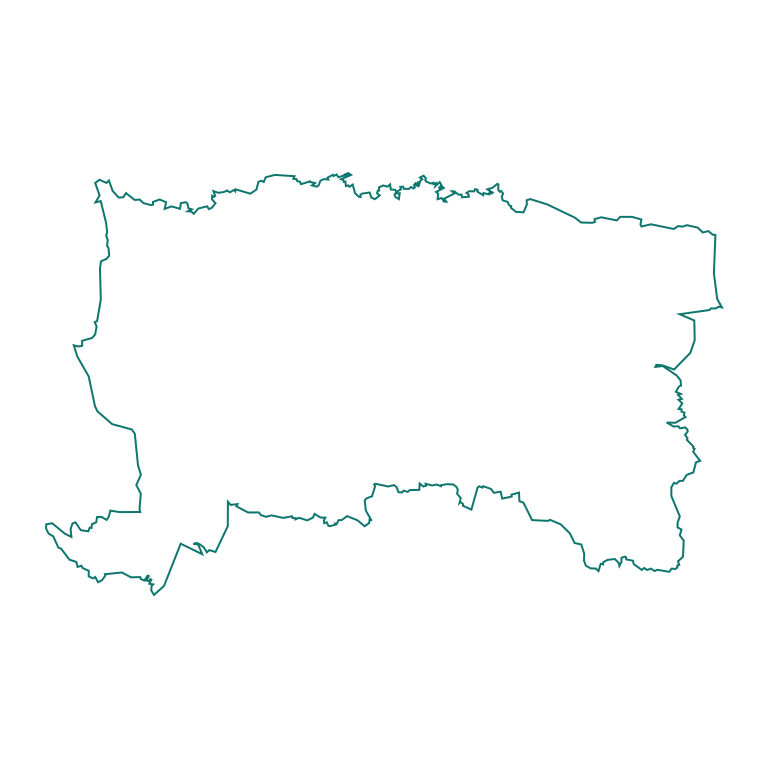 Ramallah & Al Bireh, West Bank, Palestine (orthographic projection)
{"feature_id": "87354302B37341560226836", "entity_name": "Ramallah & Al Bireh", "entity_type": "district", "adm_level": 2, "iso_a3": "PSE", "parent_name": "Palestine", "parent_adm1": "West Bank", "projection": "orthographic", "projection_center": [35.194, 31.945], "detail": "fine", "context": "isolated", "style": "outline", "palette": "teal", "viewbox_px": 768, "rotation_deg": 0, "n_neighbors": 0, "source": "geoboundaries", "source_scale": "gbopen_adm2", "svg_char_len": 6081}
<svg xmlns="http://www.w3.org/2000/svg" viewBox="0 0 768 768"><path d="M715.4,234.9L712.8,234.7L708.3,231.1L702.8,232.5L697.7,227.6L687.0,225.2L682.5,226.6L678.0,226.1L673.8,229.0L651.0,224.3L641.5,226.5L640.5,224.4L641.4,219.5L632.2,216.9L620.2,216.9L616.8,220.4L601.3,217.3L594.5,219.2L594.9,222.0L592.3,222.8L581.1,222.5L574.8,217.6L547.3,204.4L530.2,199.1L526.6,200.3L526.9,204.4L523.5,212.3L516.1,211.9L510.9,207.8L511.2,206.1L509.5,205.6L507.5,201.9L502.7,200.3L501.7,196.9L503.1,193.6L501.2,191.0L500.0,191.8L498.2,189.9L498.4,184.4L497.3,183.9L492.5,187.8L487.4,189.3L492.7,192.6L491.2,193.7L489.5,192.4L489.0,194.4L483.5,193.1L483.2,195.2L477.3,191.6L477.7,189.9L475.1,189.1L474.1,191.4L469.2,191.2L466.5,193.0L468.3,194.1L469.0,196.7L462.0,197.3L461.6,194.6L458.6,194.7L454.5,191.4L452.0,191.3L454.6,193.4L444.1,198.7L446.3,201.7L443.9,201.5L441.6,198.0L437.6,199.2L438.1,193.7L436.1,191.9L443.8,188.0L442.1,186.5L438.6,188.5L441.4,185.1L439.7,182.1L435.3,186.2L436.0,183.1L433.4,184.1L433.3,182.7L430.8,183.5L426.1,181.5L425.2,180.1L425.9,178.4L423.6,175.7L420.0,177.5L422.3,179.2L420.6,180.4L418.5,186.3L416.5,185.3L418.7,181.3L416.5,184.5L415.5,183.3L414.0,185.0L414.9,187.3L413.5,188.5L411.2,187.0L408.8,188.9L403.9,188.8L403.0,186.6L400.3,186.9L400.9,189.4L397.2,191.4L397.4,193.5L399.7,193.2L398.9,199.1L395.4,197.0L394.5,194.9L396.3,191.8L395.2,189.8L390.8,189.5L390.1,184.4L387.6,186.7L383.3,185.5L379.0,187.3L379.2,190.5L377.8,190.7L377.0,193.3L379.7,195.4L374.9,199.2L371.3,197.5L369.7,192.5L362.2,193.6L360.5,194.7L360.6,197.1L358.7,196.7L355.0,193.0L352.7,184.6L349.4,186.8L348.2,185.4L345.9,186.1L345.4,181.6L343.9,182.0L343.4,180.1L341.1,179.2L351.0,174.9L348.3,173.1L346.3,173.9L348.6,174.3L338.3,177.2L336.6,174.5L333.6,176.0L332.9,174.8L327.5,177.7L328.3,179.5L324.0,179.1L320.4,180.7L318.7,185.3L316.8,186.7L312.0,185.4L315.0,183.1L309.9,181.9L310.8,181.1L301.0,184.2L300.1,181.8L297.3,181.2L296.4,179.1L293.4,178.8L294.5,176.2L274.8,174.9L265.7,177.3L263.8,181.9L261.2,180.8L258.4,181.9L256.4,189.6L250.3,193.7L235.5,189.3L235.2,191.3L233.9,190.0L230.0,192.3L226.1,190.1L226.6,190.9L223.4,192.1L218.2,192.8L213.4,191.1L215.2,196.0L213.7,196.9L212.2,195.8L212.0,199.4L215.5,203.2L211.7,207.9L208.8,209.1L207.2,206.3L198.4,208.5L193.7,213.8L191.5,211.6L187.9,211.3L191.8,209.3L188.5,208.3L187.3,203.2L185.7,202.2L180.9,203.1L180.0,208.8L171.5,206.4L164.7,208.9L166.1,202.2L159.6,199.5L153.0,201.9L153.0,204.7L150.7,205.0L143.5,203.1L139.7,199.6L134.6,199.9L126.0,193.1L123.3,197.3L118.6,197.5L112.7,191.0L108.9,180.5L106.5,182.9L99.4,179.8L95.2,183.0L99.6,195.4L95.5,202.4L100.7,201.1L101.3,203.3L106.0,222.6L107.2,232.0L106.2,235.8L107.7,239.8L107.1,246.0L108.5,248.0L109.2,255.7L106.4,258.9L101.0,261.3L100.0,268.5L100.8,299.6L97.1,321.1L94.7,322.1L96.6,326.5L95.2,334.4L92.0,338.0L82.1,340.8L82.2,345.8L78.1,346.5L73.8,345.3L77.3,356.5L88.7,376.4L95.0,406.3L97.5,411.4L112.1,424.1L131.9,429.5L134.8,433.7L138.0,465.3L140.9,474.7L136.3,485.1L140.8,493.7L139.5,509.1L140.3,512.0L119.6,512.1L110.3,510.6L108.8,516.8L106.6,519.9L101.5,516.9L97.1,517.0L96.2,522.3L91.9,524.3L91.5,528.0L89.7,527.7L88.3,531.3L80.8,530.2L75.4,522.3L72.5,523.5L70.6,529.0L71.4,536.9L64.9,533.7L52.1,523.2L46.2,524.4L46.1,528.5L48.5,533.5L53.3,536.4L58.3,547.5L61.1,548.7L69.5,559.7L76.3,561.9L77.6,566.9L81.4,565.8L82.5,567.9L88.7,570.8L88.7,576.4L93.1,578.4L95.2,577.0L98.1,582.2L102.0,580.2L105.4,575.5L104.9,574.2L121.9,572.5L131.0,577.3L140.3,577.1L140.8,579.0L144.3,580.6L147.7,575.6L148.8,576.1L146.4,580.5L149.1,581.1L150.2,579.2L151.3,579.7L149.3,583.7L153.1,584.4L151.7,585.7L151.2,590.3L154.0,594.9L164.1,585.8L180.7,543.7L202.2,554.2L198.2,544.5L193.4,543.9L196.4,542.9L199.8,544.3L203.7,547.2L206.9,552.3L209.3,550.1L215.5,552.0L227.8,526.1L227.9,501.7L230.6,504.9L237.5,504.1L236.4,506.3L248.1,512.5L258.7,512.4L261.0,515.1L265.9,516.8L271.6,515.4L283.2,517.9L292.1,516.3L292.6,518.1L295.7,518.2L295.6,519.3L299.2,517.8L307.2,520.4L312.9,517.6L314.6,513.9L320.4,517.5L325.3,517.7L323.9,520.4L324.2,523.2L326.7,522.3L328.5,525.9L330.2,526.1L334.9,524.8L335.0,523.6L336.4,524.4L338.7,520.1L341.7,520.1L347.1,516.1L357.5,520.3L364.6,526.2L369.1,523.1L369.7,519.0L371.7,520.8L365.8,510.5L364.7,500.6L366.4,498.4L372.0,496.3L375.1,486.3L374.1,484.4L375.6,483.8L388.2,486.5L394.0,485.1L396.5,487.0L398.5,492.2L402.1,492.4L403.6,490.6L407.6,491.9L410.1,490.0L419.3,489.9L419.7,483.5L423.3,486.5L426.1,485.7L425.6,483.8L432.2,485.5L436.6,484.5L441.0,486.2L441.1,485.2L446.5,484.2L453.4,484.5L456.6,487.1L457.8,489.7L457.1,493.7L460.7,498.1L459.5,503.0L460.6,502.0L463.0,504.1L463.0,505.8L471.4,509.6L477.6,487.5L479.2,486.3L482.4,487.6L483.1,486.2L490.9,488.9L493.9,492.8L500.6,491.7L502.2,498.6L511.7,496.6L511.5,494.7L519.0,492.6L519.4,501.2L523.4,502.6L532.1,520.1L548.1,520.9L550.0,519.8L560.8,524.4L569.8,533.3L574.6,543.0L581.3,544.5L584.2,553.7L584.0,560.6L585.9,565.7L590.7,568.4L595.8,568.5L598.5,571.1L600.7,563.8L603.1,564.4L603.3,562.1L607.6,559.9L614.8,559.0L618.5,562.6L619.4,566.0L621.5,561.6L621.4,557.8L624.5,556.7L625.9,557.1L626.3,559.4L633.0,560.7L633.7,564.1L641.8,569.9L644.2,568.0L647.2,570.0L650.9,568.6L654.6,571.0L657.4,569.8L669.2,571.8L671.7,568.6L675.4,569.0L677.4,567.4L677.3,565.5L679.2,564.9L678.0,561.4L683.0,556.7L683.7,540.6L679.8,535.3L681.5,529.5L677.6,527.4L677.5,523.2L679.8,516.4L671.4,496.1L671.3,487.4L674.0,482.8L676.4,483.7L679.5,480.9L683.0,480.8L686.7,474.9L693.4,472.4L696.0,462.3L700.1,460.9L693.2,451.7L694.6,448.9L693.1,447.9L693.5,446.6L686.9,439.9L687.5,438.3L685.0,434.8L687.7,431.5L687.3,429.4L685.0,427.4L680.0,428.4L678.4,426.3L673.6,426.5L666.6,422.5L675.3,422.8L685.5,417.0L683.8,415.3L684.5,412.7L681.5,411.6L681.6,409.3L678.6,409.0L682.3,403.4L678.5,399.8L681.8,398.9L678.1,394.9L680.8,394.0L675.9,391.8L678.9,386.5L681.0,385.6L680.6,380.4L676.7,375.5L662.8,366.0L655.4,366.9L656.3,364.8L662.7,365.4L674.1,369.5L690.3,352.9L694.7,340.2L694.3,320.5L679.6,314.2L709.6,310.0L711.0,308.4L715.5,308.5L719.0,306.6L721.9,307.4L717.2,298.9L713.9,273.3L715.4,234.9Z" fill="none" stroke="#0f766e" stroke-width="2"/></svg>